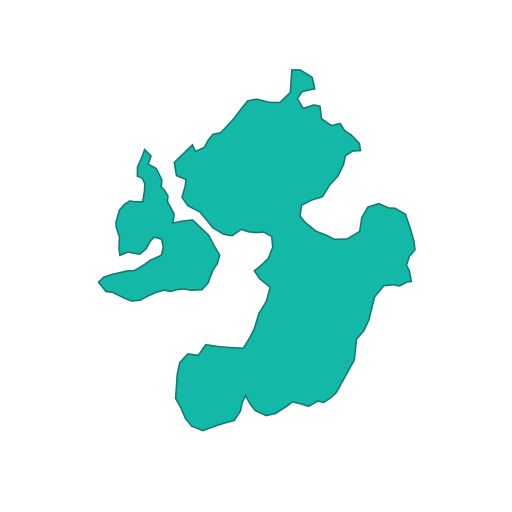 the district of Namhae-gun, South Gyeongsang, South Korea, rotated 226°
{"feature_id": "91817680B30407776748413", "entity_name": "Namhae-gun", "entity_type": "district", "adm_level": 2, "iso_a3": "KOR", "parent_name": "South Korea", "parent_adm1": "South Gyeongsang", "projection": "albers", "projection_center": [127.967, 34.823], "detail": "fine", "context": "isolated", "style": "filled", "palette": "teal", "viewbox_px": 512, "rotation_deg": 226, "n_neighbors": 0, "source": "geoboundaries", "source_scale": "gbopen_adm2", "svg_char_len": 2483}
<svg xmlns="http://www.w3.org/2000/svg" viewBox="0 0 512 512"><g transform="rotate(226 256 256)"><path d="M224.6,145.6L233.0,138.9L232.2,127.0L225.4,116.9L209.4,99.2L199.3,96.6L188.3,92.4L178.2,91.5L167.2,96.6L161.3,110.1L157.0,118.5L152.8,126.1L155.3,137.1L160.4,144.7L162.9,151.5L153.6,148.9L145.2,148.1L134.2,152.3L129.1,160.7L126.6,173.4L125.7,181.0L119.0,185.2L111.3,189.4L108.8,199.6L103.7,202.9L102.0,212.2L102.0,219.0L112.9,254.5L126.4,270.6L127.3,281.6L131.5,292.6L144.2,312.9L145.8,327.3L139.9,334.9L134.8,338.3L132.3,346.7L129.7,350.1L139.0,356.1L144.9,357.8L149.2,366.2L150.0,374.7L156.8,379.8L167.8,385.7L182.2,392.5L194.0,389.1L198.2,384.9L208.4,380.7L213.5,370.5L210.1,358.7L201.7,347.7L205.0,333.3L213.5,324.0L221.1,321.4L232.1,316.4L246.5,314.7L254.1,315.5L260.9,324.0L257.5,335.0L252.4,345.1L255.8,357.8L256.6,370.5L260.9,382.4L266.0,390.0L264.3,398.5L259.2,404.4L265.1,408.6L277.0,408.6L284.6,406.9L293.0,408.6L297.3,401.0L309.1,398.5L319.3,406.1L324.4,402.7L329.4,392.5L340.5,395.1L342.2,403.5L335.4,414.5L345.5,420.5L359.1,417.1L365.0,411.1L357.4,402.7L349.8,394.2L349.8,379.8L357.4,372.2L368.4,365.4L373.4,357.8L372.6,351.0L370.0,333.3L369.2,316.3L373.4,309.6L372.5,302.0L370.0,294.3L373.4,285.0L380.1,287.6L380.1,273.2L380.1,262.2L369.1,254.6L359.8,258.8L355.6,253.8L349.7,243.6L339.5,241.9L326.8,246.2L314.2,245.3L306.5,244.5L293.9,247.9L287.1,253.0L285.4,263.9L278.7,267.3L272.7,272.4L267.7,278.3L259.2,280.9L250.7,274.1L245.7,263.1L245.7,253.8L246.5,244.5L237.2,242.8L223.7,244.5L216.1,231.8L212.7,218.3L205.1,204.7L201.8,195.5L198.4,182.8L209.4,172.6L216.1,166.7L227.1,158.3L224.6,145.6ZM326.6,195.3L322.3,188.3L326.6,176.4L327.2,170.5L329.9,158.6L334.7,153.1L342.8,139.6L346.6,131.5L346.6,124.5L334.7,123.4L329.3,127.7L316.9,132.1L309.9,135.3L304.5,142.3L302.3,150.5L299.1,159.1L295.3,166.1L289.9,169.9L286.6,175.9L282.3,181.3L276.4,185.6L269.3,193.7L269.9,202.9L273.1,209.4L275.8,215.4L277.4,222.9L281.8,230.5L293.1,233.2L303.9,236.4L326.1,235.4L332.6,226.7L337.5,219.1L342.9,226.2L349.9,228.3L356.4,229.9L360.2,234.3L366.7,235.9L371.6,235.9L376.4,241.3L388.4,245.0L397.0,242.3L400.8,249.9L410.0,249.9L406.2,242.3L402.4,232.6L395.9,226.1L391.0,228.3L385.1,226.1L379.7,220.2L373.7,212.1L379.7,206.1L383.4,203.4L384.5,196.9L384.0,189.9L377.5,178.5L373.7,175.3L364.5,171.0L356.9,162.9L351.0,158.5L347.7,166.7L342.3,170.4L338.0,173.7L337.5,181.8L340.2,191.0L340.2,195.9L333.7,199.7L326.6,195.3Z" fill="#14b8a6" stroke="#0f766e" stroke-width="1.5"/></g></svg>